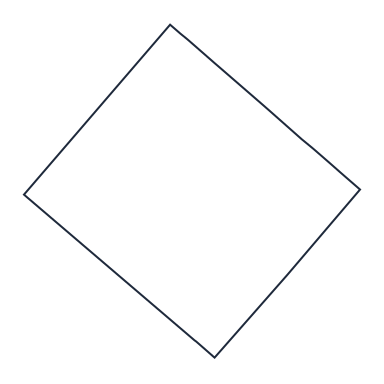 the district of Comanche, Kansas, United States of America, rotated 221°
{"feature_id": "52423323B46228321496043", "entity_name": "Comanche", "entity_type": "district", "adm_level": 2, "iso_a3": "USA", "parent_name": "United States of America", "parent_adm1": "Kansas", "projection": "albers", "projection_center": [-99.341, 37.192], "detail": "fine", "context": "isolated", "style": "outline", "palette": "slate", "viewbox_px": 384, "rotation_deg": 221, "n_neighbors": 0, "source": "geoboundaries", "source_scale": "gbopen_adm2", "svg_char_len": 427}
<svg xmlns="http://www.w3.org/2000/svg" viewBox="0 0 384 384"><g transform="rotate(221 192 192)"><path d="M106.3,304.2L129.1,304.2L143.9,303.8L189.4,304.2L203.1,304.2L258.3,304.1L260.4,304.1L295.4,304.2L304.8,303.9L318.3,303.9L317.1,79.8L312.4,79.8L92.8,81.7L90.8,81.9L66.3,81.8L65.7,191.9L66.8,304.1L81.9,304.1L84.0,304.1L84.7,304.1L85.7,304.1L93.2,304.1L106.3,304.2Z" fill="none" stroke="#1e293b" stroke-width="2"/></g></svg>